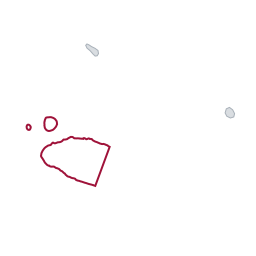 North Ari, Maldives shown in context, rotated 289°
{"feature_id": "70690204B20684534310008", "entity_name": "North Ari", "entity_type": "district", "adm_level": 2, "iso_a3": "MDV", "parent_name": "Maldives", "parent_adm1": "", "projection": "orthographic", "projection_center": [72.851, 4.166], "detail": "fine", "context": "in_parent", "style": "outline", "palette": "rose", "viewbox_px": 256, "rotation_deg": 289, "n_neighbors": 0, "source": "geoboundaries", "source_scale": "gbopen_adm2", "svg_char_len": 4480}
<svg xmlns="http://www.w3.org/2000/svg" viewBox="0 0 256 256"><g transform="rotate(289 128 128)"><path d="M191.5,74.4L188.7,75.9L186.2,75.3L185.3,73.5L186.6,70.7L188.7,67.1L190.2,63.2L192.4,61.1L194.1,61.8L193.9,64.0L193.1,67.0L192.6,70.9L191.5,74.4ZM176.3,224.1L172.9,224.4L170.8,221.6L171.3,217.6L173.9,214.9L178.1,214.7L180.5,217.2L179.3,221.0L176.3,224.1Z" fill="#d9dde1" stroke="#a8b0b8" stroke-width="1"/><path d="M104.2,116.8L104.3,116.2L104.4,115.6L104.5,115.1L104.7,114.6L104.9,114.3L104.9,113.6L104.8,113.0L105.0,112.4L105.0,112.0L105.0,111.6L105.0,111.3L105.0,111.0L105.0,110.6L105.0,110.3L105.0,110.1L104.6,109.3L104.4,108.8L104.3,108.3L104.3,107.9L104.3,107.4L104.2,106.7L104.2,106.3L104.3,106.0L104.3,105.6L104.4,104.8L104.4,104.1L104.5,103.5L104.5,102.9L104.5,102.4L104.5,101.8L104.5,101.2L104.6,100.5L104.7,100.0L104.8,99.4L104.9,98.9L105.1,98.4L105.4,97.9L105.7,97.4L105.6,96.6L105.4,96.0L105.2,95.5L105.4,94.8L105.4,94.3L105.2,94.0L104.8,93.5L104.2,92.9L104.0,92.6L103.8,92.1L104.0,91.5L104.1,91.0L104.2,90.5L104.2,90.0L103.9,89.3L103.6,89.3L103.2,89.3L103.1,88.8L102.9,88.1L102.7,87.4L102.6,86.7L102.4,86.2L102.3,85.7L102.3,85.4L102.0,84.3L101.8,83.7L101.7,83.3L101.4,82.7L101.2,82.0L101.0,81.3L100.8,80.8L100.8,80.4L101.1,79.7L101.3,79.1L101.4,78.6L101.4,78.1L100.9,76.7L100.3,76.2L99.7,75.7L99.2,75.1L98.8,74.8L98.3,74.5L97.7,74.1L97.4,73.7L97.0,73.0L96.7,72.5L96.4,71.9L96.3,71.4L96.2,71.0L95.9,70.7L95.2,70.4L94.7,70.2L94.4,70.1L93.5,69.4L92.9,68.8L92.6,68.4L92.4,68.0L92.3,67.8L92.1,67.5L92.0,67.2L91.9,67.0L91.8,66.7L91.7,66.4L91.5,66.2L91.3,65.9L91.2,65.8L90.9,65.5L90.7,65.2L90.4,64.9L90.1,64.5L89.9,64.2L89.7,63.9L89.7,63.5L89.6,63.2L89.6,62.8L89.7,62.4L89.8,62.1L89.6,61.6L89.2,61.4L88.4,60.9L88.1,60.8L87.6,60.8L87.1,60.6L86.8,60.4L86.4,59.9L86.3,59.6L85.8,58.8L85.3,58.1L84.6,57.5L83.9,57.1L83.3,56.5L82.3,55.9L81.2,55.4L80.5,55.2L79.5,54.9L78.8,54.7L77.9,54.6L77.1,54.5L76.6,54.4L75.9,54.4L75.2,54.5L74.3,54.7L73.7,54.8L73.3,54.8L72.8,55.2L72.5,55.5L72.2,55.8L71.9,56.3L71.4,56.9L71.3,57.2L71.1,57.4L70.7,57.8L70.5,58.1L70.2,58.4L69.9,58.9L69.6,59.2L69.1,59.7L68.8,60.0L68.5,60.4L68.1,60.9L67.8,61.5L67.5,62.1L67.3,62.5L66.9,63.2L66.7,64.0L66.6,64.5L66.6,64.8L66.5,65.2L66.5,65.4L66.6,65.7L66.7,65.8L66.6,66.0L66.4,66.4L66.4,66.7L66.3,67.2L66.5,67.8L66.5,68.2L66.7,68.7L66.8,69.0L67.0,69.3L67.1,69.5L67.2,69.9L67.3,70.2L67.4,70.5L67.3,70.9L67.1,71.4L67.1,71.8L66.9,72.6L66.7,73.1L66.8,73.6L66.9,73.8L66.9,74.3L66.9,74.7L66.8,75.1L66.8,75.5L66.8,75.8L66.7,76.3L66.6,76.5L66.4,76.9L66.2,77.2L66.1,77.5L65.9,77.8L65.8,78.2L65.7,78.6L65.7,79.0L65.7,79.4L65.7,79.6L65.5,80.0L65.4,80.3L65.2,80.8L64.9,81.3L64.7,81.8L64.6,82.2L64.4,82.7L64.4,83.1L64.1,83.5L63.9,83.8L63.6,84.1L63.4,84.5L63.3,84.9L63.2,85.2L63.1,85.5L62.8,86.0L62.7,86.2L62.6,86.7L62.6,87.1L62.6,87.5L62.7,88.0L62.7,88.4L62.8,88.7L62.7,89.2L62.6,89.8L62.6,90.0L62.5,90.3L62.5,90.5L62.5,90.8L62.5,91.3L62.5,91.8L62.6,92.2L62.7,92.6L62.8,93.0L62.8,93.3L62.8,93.7L62.8,94.2L62.8,94.5L62.7,94.8L62.3,95.2L62.1,95.6L62.0,95.9L61.9,96.2L61.9,96.6L62.0,97.0L61.9,97.6L62.0,98.2L62.1,98.7L62.1,99.2L62.1,99.4L62.1,100.3L62.1,100.5L62.1,101.0L62.2,101.5L62.2,102.0L62.2,102.5L62.2,103.0L62.2,103.5L62.2,103.9L62.2,104.6L62.2,105.2L62.3,105.9L62.3,106.5L62.3,107.3L62.3,107.8L62.3,108.2L62.3,108.7L62.3,109.3L62.4,109.9L62.4,110.3L62.5,110.9L62.5,111.3L62.5,111.7L62.6,112.0L62.6,112.4L62.6,112.8L62.6,113.2L62.6,113.4L62.7,113.6L62.6,113.8L62.6,114.0L62.6,114.4L62.6,114.6L62.6,114.8L62.6,115.2L62.6,115.7L62.6,115.9L104.2,116.8ZM113.2,53.3L113.2,52.6L113.2,51.9L113.0,51.1L112.7,50.4L112.5,49.9L112.2,49.3L111.9,48.5L111.7,48.2L111.6,47.9L111.4,47.6L111.1,47.2L110.4,46.9L109.9,46.9L109.3,46.9L108.6,46.8L108.1,46.8L107.5,47.0L107.1,47.0L106.5,47.0L106.1,47.1L105.6,47.3L105.2,47.4L104.7,47.6L104.3,47.8L103.6,48.1L103.2,48.1L102.7,48.4L102.2,48.7L101.6,49.0L101.1,49.3L100.6,49.9L100.2,50.4L99.8,51.0L99.6,51.4L99.4,52.1L99.3,52.8L99.3,53.4L99.4,54.1L99.8,55.0L100.3,55.7L100.8,56.4L101.3,57.0L101.6,57.4L102.1,57.8L102.7,58.1L103.3,58.5L103.8,58.7L104.9,59.1L105.6,59.4L106.2,59.5L107.1,59.6L107.6,59.6L108.5,59.7L109.1,59.4L109.8,59.1L110.4,58.8L111.2,58.3L111.7,57.6L112.1,57.0L112.6,56.3L112.9,55.4L113.1,54.6L113.2,54.0L113.2,53.3ZM98.6,32.4L98.5,32.2L97.8,31.7L97.3,31.7L96.7,31.6L96.0,31.8L95.0,32.3L94.5,32.7L94.0,33.5L93.8,34.3L93.8,34.5L94.1,35.3L94.5,35.7L95.5,35.9L96.7,35.9L97.6,35.5L98.1,34.9L98.6,34.0L98.8,33.2L98.6,32.4Z" fill="none" stroke="#9f1239" stroke-width="2"/></g></svg>